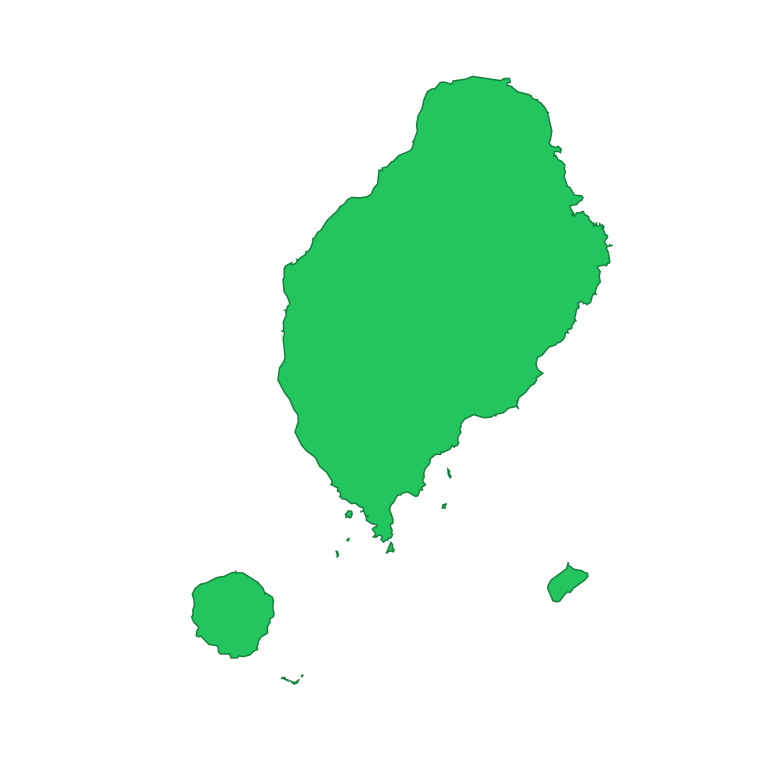 the district of Biliran, Biliran, Philippines, rotated 250°
{"feature_id": "2640588B24635602844812", "entity_name": "Biliran", "entity_type": "district", "adm_level": 2, "iso_a3": "PHL", "parent_name": "Philippines", "parent_adm1": "Biliran", "projection": "albers", "projection_center": [124.427, 11.639], "detail": "fine", "context": "isolated", "style": "filled", "palette": "green", "viewbox_px": 768, "rotation_deg": 250, "n_neighbors": 0, "source": "geoboundaries", "source_scale": "gbopen_adm2", "svg_char_len": 6159}
<svg xmlns="http://www.w3.org/2000/svg" viewBox="0 0 768 768"><g transform="rotate(250 384 384)"><path d="M464.1,634.7L468.9,632.9L471.4,633.5L474.6,630.4L477.8,630.4L478.4,628.8L477.4,627.8L478.9,623.7L476.8,620.6L477.9,620.4L477.0,618.9L479.9,620.8L480.3,620.5L478.2,618.0L480.9,620.1L485.5,619.3L487.9,620.1L486.8,626.8L488.6,629.4L489.2,633.0L491.4,634.8L493.3,634.0L496.2,627.6L505.0,625.9L507.2,624.0L517.6,624.2L521.5,627.1L524.3,627.0L528.0,628.8L532.5,627.1L535.4,624.2L540.2,623.6L540.0,621.5L544.1,623.8L542.9,627.3L541.1,629.0L544.2,630.9L547.8,629.0L547.3,626.6L550.5,622.6L554.8,621.6L556.0,623.5L564.2,628.2L582.6,630.4L582.8,632.0L583.0,630.5L589.0,629.6L594.6,627.5L596.0,625.8L598.7,625.4L599.6,623.1L602.3,620.8L604.5,620.8L606.5,618.9L613.0,609.4L620.2,605.3L622.4,602.0L624.6,602.7L624.4,605.9L628.3,606.3L630.0,601.2L629.1,597.6L642.8,572.3L642.5,565.3L645.1,552.4L643.2,551.0L643.1,549.6L647.3,543.3L648.1,540.1L644.0,533.1L644.9,529.6L643.8,524.7L637.0,518.4L629.9,514.1L624.1,507.6L616.1,503.1L610.1,501.8L601.7,494.8L602.3,493.2L601.5,494.5L600.0,494.1L595.3,490.5L594.1,487.2L593.7,476.4L590.0,468.5L590.4,467.3L587.0,461.4L587.5,456.0L585.0,455.3L586.7,452.5L574.3,446.5L571.5,441.4L566.9,437.1L565.7,432.3L567.1,425.0L570.4,417.6L569.7,412.7L566.8,408.5L565.6,403.1L563.0,400.2L557.2,386.6L549.8,376.9L549.2,373.6L545.1,368.7L544.7,366.6L542.4,366.1L537.2,361.9L535.1,359.3L534.6,356.4L535.5,355.6L534.6,356.1L532.5,354.5L531.1,348.2L529.9,346.8L530.8,344.6L529.1,344.8L527.4,341.6L527.7,338.0L529.0,337.8L529.7,339.6L528.5,331.7L526.4,329.6L518.5,326.8L516.8,324.9L505.1,321.7L498.8,323.1L491.8,323.0L490.4,321.8L490.1,320.0L486.8,317.4L487.1,316.1L485.4,317.4L484.6,316.1L482.2,315.8L476.5,310.5L469.0,308.3L468.6,306.4L467.2,307.9L465.5,307.9L461.9,305.0L442.8,300.2L439.3,297.4L434.8,291.4L424.0,285.7L410.2,287.6L402.4,290.0L390.4,290.8L384.6,292.6L378.1,290.7L369.3,284.0L355.0,285.6L348.1,288.1L338.4,294.4L328.8,295.4L320.3,300.0L311.0,301.9L308.9,301.4L307.5,299.8L302.0,305.2L299.2,303.6L298.1,305.4L295.1,305.6L293.1,303.9L292.3,305.1L290.7,305.1L288.6,308.7L282.8,312.3L281.7,316.4L276.7,319.5L275.2,322.0L271.6,321.7L271.7,320.8L272.8,320.9L271.7,320.8L271.9,317.8L271.5,321.6L265.9,321.6L265.6,323.6L264.0,321.3L261.9,320.9L257.1,324.6L254.0,329.5L252.3,328.7L252.8,326.3L251.6,323.4L246.5,324.9L245.1,324.2L244.1,321.7L242.6,324.0L243.9,327.3L242.8,329.5L240.6,329.9L238.8,328.0L235.6,329.5L236.7,332.6L236.0,334.0L237.6,335.7L237.1,337.9L239.7,340.6L241.6,340.0L243.3,341.5L248.7,341.5L250.2,342.7L249.9,344.4L253.3,346.1L264.7,346.4L268.2,349.5L269.1,352.1L274.3,357.9L274.8,360.4L274.0,361.8L275.2,363.6L274.5,369.5L267.7,375.0L267.4,377.5L271.9,381.4L271.3,383.9L273.9,383.9L275.1,388.5L278.8,387.2L281.0,387.8L282.9,390.0L286.5,390.8L290.7,394.0L293.1,398.9L295.7,401.1L297.6,401.3L300.3,408.7L298.6,413.0L299.8,414.6L300.9,413.9L299.6,416.2L300.2,423.9L302.9,427.1L300.8,428.2L301.5,432.6L303.3,434.1L305.0,433.7L309.1,435.4L312.5,439.9L315.6,439.6L317.8,441.9L320.0,442.4L323.5,447.9L324.5,457.9L318.2,466.2L316.3,472.9L317.1,477.7L315.2,478.3L317.2,478.7L316.2,486.6L318.7,492.7L317.7,500.8L314.5,502.2L318.7,501.3L320.6,503.0L322.4,502.8L322.4,504.2L325.1,506.1L328.0,514.8L331.8,520.3L332.9,525.5L335.5,528.7L337.5,529.1L339.7,536.9L343.8,534.0L347.8,533.3L351.8,534.0L356.7,537.7L356.8,542.0L362.4,551.6L362.1,558.9L363.7,561.0L362.9,563.0L364.4,567.4L366.6,570.3L369.5,571.4L370.0,573.2L369.1,574.6L370.9,574.3L372.6,576.1L371.7,578.3L372.7,579.9L374.9,580.3L375.9,582.9L377.3,583.0L377.7,586.0L380.3,585.5L388.2,590.6L389.4,593.7L391.0,593.0L391.1,593.8L394.4,594.0L393.6,594.2L394.2,597.5L392.3,599.2L391.3,598.9L390.8,601.2L389.2,601.9L390.1,606.1L395.6,609.9L396.4,611.5L397.7,611.2L396.8,611.8L397.1,612.6L395.1,614.5L396.8,613.5L399.3,614.6L403.4,617.9L405.8,622.1L411.4,623.0L415.8,625.6L420.5,624.4L421.4,625.0L420.5,632.1L419.0,633.3L421.2,635.7L420.5,636.5L421.3,637.9L431.3,639.8L435.1,639.3L436.8,640.4L436.1,646.5L436.5,643.8L438.7,643.7L436.5,643.8L436.9,640.6L439.2,640.6L440.0,639.5L443.0,640.4L445.4,644.3L446.7,644.6L447.5,643.4L448.2,644.1L449.3,642.8L454.5,643.0L455.0,642.1L456.2,644.4L458.6,643.7L457.5,642.5L460.8,641.6L459.1,640.5L459.2,638.9L460.1,638.0L461.8,638.6L461.2,637.9L462.3,637.2L460.3,635.7L460.7,634.6L463.7,635.9L464.1,634.7ZM211.6,121.5L209.8,123.6L209.7,125.7L199.2,130.4L195.4,137.3L193.8,138.1L188.8,136.9L186.5,137.7L183.0,146.6L178.9,146.6L176.8,152.6L178.1,154.8L175.9,158.8L175.3,165.1L177.7,170.7L177.6,174.2L180.3,175.1L179.5,174.6L181.3,174.4L181.9,176.2L185.3,178.0L188.3,182.0L189.9,189.5L195.8,191.3L198.9,195.3L202.1,196.2L203.2,200.3L205.4,202.0L211.7,202.9L218.2,206.0L222.1,206.1L228.3,201.1L227.9,200.3L233.1,200.5L240.7,197.6L254.9,186.6L256.8,180.8L258.3,180.5L257.5,180.0L258.7,177.1L257.9,167.7L259.3,160.7L257.8,149.0L258.6,143.1L256.3,136.4L252.0,131.9L246.5,131.8L240.4,130.0L237.3,127.2L232.6,125.6L230.8,123.6L225.3,123.8L218.7,126.8L215.8,123.6L211.6,121.5ZM135.7,467.9L122.5,468.6L120.2,471.9L119.9,474.7L125.3,483.2L125.7,485.6L124.4,487.5L127.4,492.3L131.1,505.5L133.6,509.9L135.6,510.3L137.1,510.1L137.2,508.8L140.9,506.0L145.0,499.1L150.6,495.3L153.5,496.2L148.0,492.5L142.6,473.9L138.6,469.3L135.7,467.9ZM277.0,307.3L274.4,303.0L273.3,303.8L271.7,302.8L271.3,305.7L269.8,306.1L270.1,307.5L272.7,309.6L275.4,310.0L277.0,307.3ZM232.8,336.3L225.3,329.4L224.1,328.1L225.0,331.0L224.5,334.1L223.1,335.3L225.0,336.9L226.8,335.8L230.2,337.1L232.8,336.3ZM273.9,415.3L277.5,414.7L279.6,415.8L282.0,414.9L277.0,413.5L273.4,414.0L273.9,415.3ZM250.4,398.2L247.4,396.4L247.1,398.8L246.0,399.3L248.0,399.3L249.4,400.0L249.4,401.1L250.0,401.4L250.4,398.2ZM137.7,194.1L132.8,196.8L133.0,200.8L134.2,201.1L135.3,203.5L133.9,198.6L135.0,196.1L137.7,194.1ZM237.1,280.4L238.8,282.7L242.7,282.9L243.0,281.8L239.3,281.7L237.1,280.4ZM142.2,186.6L142.2,188.3L140.2,190.1L140.9,190.6L142.2,190.4L142.8,188.6L142.2,186.6ZM249.6,295.7L248.9,297.1L250.7,298.1L250.8,297.1L249.6,295.7ZM138.4,207.1L136.7,206.2L138.0,208.0L138.4,207.1ZM139.9,191.2L138.3,191.8L137.7,192.7L138.5,192.8L139.9,191.2Z" fill="#22c55e" stroke="#15803d" stroke-width="1.5"/></g></svg>